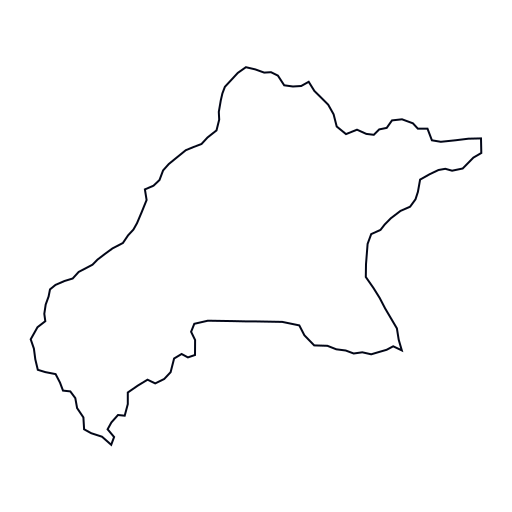 outline of Valinhos, São Paulo, Brazil
{"feature_id": "56859067B52008332271728", "entity_name": "Valinhos", "entity_type": "district", "adm_level": 2, "iso_a3": "BRA", "parent_name": "Brazil", "parent_adm1": "São Paulo", "projection": "albers", "projection_center": [-46.981, -22.98], "detail": "fine", "context": "isolated", "style": "outline", "palette": "ink", "viewbox_px": 512, "rotation_deg": 0, "n_neighbors": 0, "source": "geoboundaries", "source_scale": "gbopen_adm2", "svg_char_len": 1848}
<svg xmlns="http://www.w3.org/2000/svg" viewBox="0 0 512 512"><path d="M84.1,429.3L91.2,433.2L102.0,436.7L111.2,444.8L114.1,437.0L107.6,429.3L111.4,422.4L118.0,415.0L124.7,415.7L127.8,404.1L127.8,392.5L137.8,385.6L147.5,379.7L155.2,383.4L164.2,379.0L170.6,372.2L174.1,358.5L181.6,354.0L187.9,357.4L195.0,355.0L195.1,340.0L191.1,331.8L194.3,323.8L207.9,320.7L232.9,321.1L246.3,321.4L254.9,321.4L282.3,321.9L299.3,325.4L304.4,335.3L314.2,345.4L327.4,345.8L336.3,349.3L345.7,350.5L353.7,353.5L362.3,352.3L371.2,354.3L379.0,352.0L386.6,349.8L393.2,346.3L401.8,350.4L398.7,339.7L396.9,328.4L385.1,308.4L379.7,298.0L373.4,287.9L365.8,277.0L366.0,264.2L367.6,243.9L371.2,234.1L380.5,229.9L384.7,224.5L390.8,218.3L400.5,210.9L410.1,206.7L415.5,199.3L417.9,191.9L420.1,179.6L429.7,174.2L438.5,170.0L445.3,168.8L452.1,170.7L462.7,168.5L473.4,157.6L481.3,153.0L481.0,138.4L468.4,138.7L455.3,140.3L440.8,141.8L431.9,140.3L427.5,128.7L417.9,128.7L412.9,123.3L402.0,119.3L392.0,120.4L386.7,127.9L379.2,129.4L373.8,134.8L366.3,133.9L357.0,129.7L346.0,134.1L336.7,126.5L333.6,114.3L328.2,104.7L320.7,97.2L314.4,91.0L308.7,81.8L301.2,86.0L292.9,86.5L284.2,85.3L277.9,75.6L271.0,72.2L264.2,72.6L255.3,69.4L245.9,67.2L237.8,72.9L230.3,81.0L224.9,86.8L222.4,93.4L220.8,100.3L218.8,111.9L219.2,119.6L216.5,130.4L207.5,137.5L201.5,144.0L193.6,147.0L185.8,150.2L175.8,158.3L168.8,164.0L163.1,170.4L159.5,180.0L153.5,185.7L144.9,189.4L146.6,200.0L141.7,212.1L137.0,223.2L133.4,229.6L128.1,235.3L122.9,243.0L112.5,248.4L104.7,254.1L97.5,259.6L92.5,264.7L86.6,267.8L78.7,271.9L72.7,278.5L64.5,281.0L55.5,284.9L50.0,289.4L48.6,296.5L45.7,304.5L44.3,313.8L45.3,321.2L37.5,327.2L30.7,339.3L33.9,348.6L35.3,359.3L37.8,369.8L45.3,372.1L55.6,374.1L60.0,382.6L63.0,390.6L70.3,391.4L75.3,398.1L77.1,408.1L83.4,417.4L84.1,429.3Z" fill="none" stroke="#020617" stroke-width="2"/></svg>